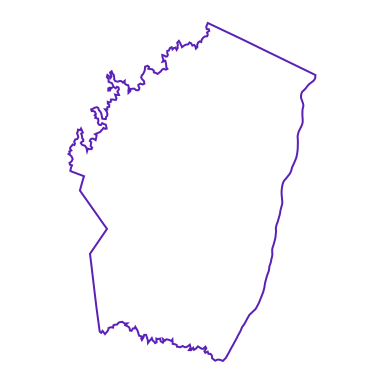 outline of Carinhanha, Bahia, Brazil
{"feature_id": "56859067B75119514935920", "entity_name": "Carinhanha", "entity_type": "district", "adm_level": 2, "iso_a3": "BRA", "parent_name": "Brazil", "parent_adm1": "Bahia", "projection": "robinson", "projection_center": [-43.904, -14.024], "detail": "fine", "context": "isolated", "style": "outline", "palette": "violet", "viewbox_px": 384, "rotation_deg": 0, "n_neighbors": 0, "source": "geoboundaries", "source_scale": "gbopen_adm2", "svg_char_len": 5444}
<svg xmlns="http://www.w3.org/2000/svg" viewBox="0 0 384 384"><path d="M315.4,75.0L259.1,47.6L257.1,46.6L242.8,39.6L207.8,23.0L206.9,25.2L206.2,26.9L206.8,29.1L208.8,29.3L209.2,30.9L207.0,32.5L207.8,34.6L207.2,36.2L204.8,36.5L203.0,37.9L201.7,39.8L201.2,42.0L199.7,41.4L198.2,42.5L197.2,44.8L197.3,47.2L195.9,48.6L195.2,46.1L194.1,44.9L192.4,45.6L191.1,43.3L189.5,42.5L188.1,44.4L186.5,44.5L184.7,45.2L183.3,46.2L182.0,47.2L181.2,45.3L180.2,43.2L178.9,40.9L177.2,42.8L177.9,44.9L177.5,46.4L177.7,48.0L176.6,49.9L175.4,47.6L173.9,48.0L172.5,49.4L171.6,47.2L169.8,48.2L169.0,50.5L167.3,50.9L167.2,53.0L167.9,54.8L167.2,56.3L165.9,56.7L164.6,55.7L162.3,55.0L162.6,57.6L163.5,59.7L162.6,61.7L165.3,60.8L165.9,63.0L166.2,65.1L166.3,67.3L167.4,68.9L165.9,69.7L163.7,68.8L162.0,69.7L160.9,71.3L159.4,72.5L157.6,73.9L155.6,72.8L153.9,72.4L153.7,70.5L151.9,69.1L149.8,69.1L148.3,68.7L149.1,67.0L147.7,65.8L145.1,66.7L144.9,69.0L144.6,70.9L143.7,72.8L142.9,74.3L141.7,75.5L141.2,77.5L142.2,79.3L143.9,81.0L144.4,83.7L142.5,84.5L140.4,83.6L138.3,84.9L138.6,86.6L139.4,87.8L139.1,89.5L137.8,90.3L136.0,90.1L134.3,88.6L132.1,88.8L130.7,88.9L130.3,91.1L128.5,92.9L128.4,90.2L128.9,88.1L128.2,85.2L126.3,84.8L124.6,83.3L124.7,80.9L122.8,82.5L121.4,81.2L119.9,80.9L117.9,81.7L115.4,81.2L114.2,79.5L114.2,77.5L113.8,75.0L112.5,73.5L111.6,71.3L110.1,72.5L110.7,74.4L111.5,76.5L110.4,78.1L108.9,76.1L107.4,75.0L106.9,77.1L108.6,79.2L108.6,81.8L110.4,82.5L112.0,83.3L112.7,84.8L113.5,86.7L115.7,88.3L117.0,86.8L118.5,87.4L118.9,89.4L117.4,91.5L118.3,93.3L119.0,95.0L117.2,94.9L115.1,94.6L115.8,96.5L116.5,98.3L115.8,100.0L113.1,99.5L110.9,99.5L110.8,101.8L109.2,102.5L107.8,101.9L107.8,103.6L109.3,105.0L109.2,106.8L107.3,107.2L107.3,109.5L105.1,109.3L106.9,111.9L107.4,114.1L107.2,115.6L106.0,117.2L105.8,119.1L103.7,118.9L102.3,118.7L101.9,116.7L101.3,113.5L100.2,111.5L99.0,110.3L98.2,107.9L96.9,107.2L94.8,107.7L93.0,108.7L91.2,109.4L91.7,111.1L93.3,111.0L94.9,111.8L95.9,114.0L94.7,115.3L95.9,116.3L95.3,117.9L98.1,118.7L98.4,120.9L97.9,123.0L99.0,124.7L100.9,125.1L102.2,123.1L103.8,124.0L105.7,124.6L106.2,126.2L106.7,128.5L105.3,128.9L103.5,127.9L102.5,129.4L101.2,130.5L100.4,131.8L98.7,132.6L97.3,133.2L95.1,134.2L96.6,135.3L96.2,137.7L95.6,140.1L94.3,139.2L92.8,138.5L90.8,139.1L89.8,140.9L91.2,142.3L90.9,144.1L90.7,146.2L92.2,147.7L91.5,149.1L89.6,149.1L87.9,148.6L87.1,151.1L86.5,148.1L85.1,145.8L83.2,145.2L81.9,144.6L80.8,143.0L81.7,141.8L83.2,141.2L83.3,139.6L82.2,138.2L82.0,135.9L81.2,133.6L82.8,132.6L81.8,130.2L81.0,128.5L80.1,130.1L78.0,129.7L77.8,131.4L77.0,133.2L77.7,134.8L78.3,137.1L77.3,139.0L75.2,139.5L74.2,141.6L74.9,143.5L74.4,145.0L72.7,144.5L71.8,145.8L70.6,146.9L70.0,148.7L71.3,150.5L69.3,151.4L69.8,153.1L68.6,154.0L69.9,154.9L71.5,156.3L72.7,159.0L71.8,161.0L70.7,162.2L69.5,162.9L69.9,164.6L72.0,165.3L70.9,167.8L70.7,169.3L70.3,170.8L71.5,171.5L74.7,172.7L76.3,173.3L84.0,176.2L83.4,178.0L79.9,190.5L99.7,218.6L101.2,220.8L107.0,228.9L90.0,253.8L92.0,270.2L94.8,293.9L96.5,307.9L99.7,331.6L101.1,332.8L102.5,330.9L105.0,334.1L107.2,331.5L108.2,329.9L108.6,328.0L110.8,327.2L113.1,327.6L113.4,325.3L114.9,324.7L117.0,324.6L118.7,322.6L120.7,322.0L122.3,321.8L124.5,323.5L127.2,323.4L125.3,325.2L127.6,326.3L129.1,327.3L129.7,328.7L129.9,330.5L131.5,330.8L133.0,328.4L134.6,328.4L135.3,326.8L137.5,330.5L139.1,335.7L140.5,336.1L142.0,336.5L141.2,338.5L141.9,340.0L143.5,337.4L144.2,334.8L146.1,334.9L147.8,340.2L148.0,342.9L149.0,341.5L150.2,340.2L151.8,338.1L152.6,340.4L154.2,341.7L155.1,343.1L156.6,342.3L156.4,338.6L157.9,339.1L160.2,338.6L160.6,341.2L162.9,342.7L163.6,341.3L163.1,339.2L164.9,340.7L166.4,339.3L168.8,339.8L171.3,340.9L172.4,339.5L172.7,343.9L174.6,344.1L176.6,344.9L177.0,346.7L178.4,346.8L180.2,347.3L182.6,346.0L184.8,347.2L186.3,347.1L188.2,346.0L189.8,344.7L190.6,347.7L189.0,350.1L191.0,350.2L193.2,347.8L194.0,349.8L196.1,348.5L197.9,346.4L199.7,347.5L201.6,348.7L203.0,348.9L205.4,346.7L206.3,348.3L204.4,351.2L205.3,352.8L207.7,351.6L208.5,353.9L210.6,353.9L211.9,355.6L212.1,358.2L215.2,360.7L217.2,359.7L219.5,359.7L221.0,360.1L222.8,361.0L225.8,358.0L227.5,355.0L229.1,352.2L230.3,349.8L231.1,348.3L233.0,345.0L234.6,342.0L235.4,340.6L236.5,338.6L237.9,335.7L240.4,331.2L242.2,326.9L243.6,325.1L244.5,323.8L247.5,318.2L249.4,314.9L251.8,312.6L255.4,309.2L256.3,307.8L259.0,302.7L261.7,295.9L262.5,293.8L263.3,291.8L264.4,287.3L265.1,282.7L267.0,275.7L267.6,274.1L268.8,270.9L269.2,268.3L269.4,266.4L270.0,264.7L270.9,262.0L271.3,259.5L272.0,257.0L272.4,254.1L272.2,252.5L272.2,249.7L272.6,247.5L273.4,245.3L274.7,240.6L275.4,237.7L275.7,234.9L275.9,233.0L276.1,230.8L275.8,228.0L276.6,224.7L277.8,221.5L278.7,218.3L279.9,214.1L280.5,210.2L282.2,203.9L282.3,201.3L282.0,198.5L281.6,194.0L281.6,190.7L281.9,188.3L282.2,186.2L282.6,184.3L283.2,182.5L284.1,180.7L285.6,179.0L287.8,176.3L289.6,174.0L291.0,171.5L292.1,167.3L293.9,163.5L295.7,159.2L296.3,157.7L297.2,153.4L297.7,149.1L297.8,145.2L297.9,141.8L297.8,139.7L297.6,136.1L298.1,133.8L298.7,131.6L300.0,129.0L300.9,127.2L301.9,125.0L302.6,122.9L302.7,120.4L302.6,118.1L302.4,115.5L302.4,112.9L302.5,109.6L303.1,107.2L303.4,105.3L303.0,103.4L302.4,101.7L301.6,99.4L301.0,97.7L301.0,95.7L301.5,93.3L302.3,91.7L304.0,90.1L305.6,88.5L306.9,86.7L308.7,84.6L311.2,82.5L313.1,81.2L314.2,79.9L315.2,78.2L315.4,75.0ZM111.9,87.8L109.8,87.7L108.3,88.4L108.3,90.6L110.0,90.5L110.5,89.0L111.9,87.8Z" fill="none" stroke="#5b21b6" stroke-width="2"/></svg>